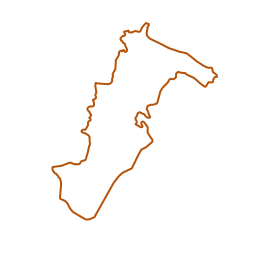 map outline of Hamah (Albers equal-area conic projection), rotated 120°
{"feature_id": "SYR-138", "entity_name": "Hamah", "entity_type": "Province", "adm_level": 1, "iso_a3": "SYR", "parent_name": "Syria", "parent_adm1": "", "projection": "albers", "projection_center": [37.023, 35.303], "detail": "fine", "context": "isolated", "style": "outline", "palette": "amber", "viewbox_px": 256, "rotation_deg": 120, "n_neighbors": 0, "source": "natural_earth", "source_scale": "10m", "svg_char_len": 5884}
<svg xmlns="http://www.w3.org/2000/svg" viewBox="0 0 256 256"><g transform="rotate(120 128 128)"><path d="M127.8,100.0L135.7,102.8L139.0,105.0L139.8,105.4L140.5,105.6L145.9,105.6L161.0,104.5L169.0,110.0L170.6,110.7L174.7,111.9L182.6,113.0L222.0,112.5L225.7,115.2L226.8,116.3L228.2,118.5L228.4,120.4L228.3,133.1L227.8,134.9L226.9,137.3L226.0,139.0L223.8,142.4L223.4,143.1L223.0,144.4L222.8,145.3L222.7,146.3L222.7,147.2L223.2,151.0L222.9,151.5L222.2,152.1L210.1,157.8L208.5,158.9L206.0,161.3L205.7,161.8L205.5,163.0L205.5,163.3L205.3,163.6L204.7,164.3L204.2,165.7L203.7,166.7L203.6,166.9L203.7,168.1L203.7,168.6L203.6,169.1L203.4,169.6L203.3,169.8L203.0,170.3L202.9,170.7L202.8,171.1L202.7,171.3L201.0,173.2L200.1,173.6L199.8,173.7L199.6,173.7L199.0,173.1L195.4,168.5L194.6,167.3L193.9,166.6L188.6,162.3L188.1,162.0L187.3,161.3L187.0,160.9L186.8,160.5L186.5,159.0L186.4,157.8L186.3,157.2L185.9,155.6L185.7,155.2L185.0,154.6L184.6,153.5L184.3,153.0L183.8,152.4L183.7,152.3L183.2,152.0L182.8,151.9L181.0,151.8L180.5,151.8L180.1,151.7L179.8,151.5L179.3,151.2L178.2,149.9L177.7,149.4L177.0,149.0L176.8,148.9L176.6,148.9L176.2,148.9L168.5,150.8L164.2,152.3L163.0,152.6L162.5,152.7L161.7,152.6L161.2,152.8L160.6,153.1L157.7,155.2L155.9,156.2L155.3,156.6L154.8,157.2L154.4,158.0L154.2,158.5L154.0,160.0L154.1,163.0L154.1,163.4L154.6,164.8L154.7,165.2L154.7,165.4L154.7,165.7L154.5,166.1L154.4,166.4L154.1,166.6L153.8,166.7L153.4,166.7L152.7,166.6L152.1,166.3L151.7,165.8L150.9,164.4L150.6,164.1L150.2,164.0L149.8,163.9L148.7,164.0L148.0,163.9L147.4,163.9L146.2,164.1L145.7,164.1L145.3,164.1L144.9,164.4L144.1,164.9L143.5,165.2L142.8,165.4L142.0,165.3L141.3,165.1L140.4,164.4L140.0,164.3L139.7,164.4L139.4,164.6L138.9,165.2L138.8,165.6L138.7,165.9L138.7,166.4L138.5,166.5L138.2,166.6L136.8,166.2L135.8,166.2L135.6,166.3L135.3,166.4L135.0,166.6L134.8,167.0L134.6,167.3L134.4,168.2L134.3,168.4L133.5,169.2L133.4,169.3L133.3,169.5L132.9,171.1L132.7,171.7L132.6,171.9L132.1,172.4L131.5,172.8L131.2,172.9L130.8,172.9L129.7,172.6L128.9,172.2L128.6,172.0L128.5,171.9L128.2,171.6L127.9,171.0L127.5,170.0L127.4,169.8L127.1,169.5L126.4,169.0L126.0,168.9L125.3,168.9L124.8,169.1L122.6,170.6L122.1,171.1L121.7,171.5L121.6,172.1L121.5,172.3L121.3,172.3L120.5,171.9L119.8,171.6L119.3,171.3L118.8,171.0L118.4,170.8L117.8,170.8L117.5,171.0L117.1,171.2L116.1,172.6L115.9,172.7L115.4,172.9L113.8,173.0L113.0,173.2L112.4,173.7L107.8,177.4L107.2,177.7L105.3,178.4L103.0,173.2L100.1,167.3L99.6,166.7L98.2,165.5L97.0,165.2L96.1,165.1L95.5,165.2L94.9,165.4L93.5,166.3L93.1,166.5L92.7,166.5L91.8,166.5L91.3,166.6L90.7,166.9L89.5,168.0L89.1,168.2L86.2,168.4L85.7,168.3L85.0,168.3L84.2,168.5L83.8,168.5L83.6,168.5L83.4,168.4L82.5,168.8L75.2,172.5L70.7,172.3L68.5,172.7L67.4,173.4L66.9,173.6L66.5,173.6L65.9,173.5L65.0,173.1L64.7,172.8L64.5,172.5L64.5,171.8L64.5,171.6L64.4,171.4L64.1,171.2L63.7,171.1L63.0,171.0L62.8,171.0L62.7,170.8L62.7,170.4L62.7,170.2L62.8,170.0L63.3,169.3L63.5,168.9L63.5,168.6L63.4,168.4L63.2,168.1L62.7,167.8L62.4,167.6L61.7,167.6L60.9,167.9L60.5,168.1L59.7,169.1L59.0,170.4L56.7,172.9L56.6,173.8L56.7,174.5L56.6,174.8L56.5,175.2L56.0,175.8L55.8,176.2L55.7,176.5L55.7,177.5L55.5,177.9L54.8,178.7L54.6,179.1L54.1,179.2L53.8,179.3L50.9,178.6L50.3,177.5L50.0,177.3L49.6,177.1L49.0,177.1L48.7,177.2L48.4,177.3L48.1,177.5L47.1,179.0L46.8,179.3L46.4,179.4L46.1,179.2L45.6,178.7L44.8,177.4L44.4,177.0L44.1,176.7L43.9,176.7L43.6,176.6L43.5,176.4L43.6,176.1L44.2,175.3L44.5,175.0L44.5,174.6L43.9,173.6L43.6,172.8L43.1,172.3L40.8,170.6L40.4,170.2L40.2,169.9L40.0,169.2L39.6,167.6L39.0,166.2L38.5,165.9L37.7,165.7L34.1,166.0L32.6,165.9L28.3,165.0L27.6,162.0L28.6,161.4L29.5,161.4L30.4,161.5L30.8,161.6L31.2,161.5L31.5,161.3L32.0,160.8L32.4,160.7L32.8,160.6L33.6,160.4L34.0,160.3L34.6,159.9L34.9,159.7L36.2,159.6L36.6,159.4L37.2,158.7L37.6,158.4L38.2,158.0L38.5,157.5L38.8,156.9L39.6,154.3L39.6,152.5L38.6,139.1L38.6,137.0L38.4,132.6L36.1,121.1L34.6,116.7L34.1,114.5L34.0,114.1L35.9,101.6L36.3,94.0L36.1,90.5L35.8,89.2L35.6,88.4L35.3,87.8L34.2,86.3L34.1,85.9L34.1,85.5L34.4,84.9L35.3,83.9L36.7,82.9L37.0,82.4L37.2,81.7L37.4,78.9L37.7,77.9L39.2,76.6L39.7,77.4L39.9,77.6L40.6,78.2L41.3,78.4L42.0,78.5L43.2,78.4L44.3,78.0L45.0,77.7L45.4,77.6L45.8,77.6L46.2,77.8L46.5,78.1L47.0,78.7L47.4,79.7L47.6,80.4L47.8,80.8L49.0,81.2L53.1,81.3L53.7,81.8L53.8,83.2L53.2,88.2L51.9,94.3L51.7,96.3L52.4,104.0L52.3,104.6L52.1,105.0L51.9,105.3L51.8,105.7L53.8,110.2L54.2,112.2L54.8,112.9L56.8,113.5L60.0,111.9L60.4,111.9L61.1,112.1L62.7,112.9L63.0,113.1L63.2,113.4L63.5,114.1L63.8,114.8L64.1,115.5L64.3,115.8L64.7,116.0L65.0,116.2L65.5,116.3L66.4,116.4L68.2,116.3L69.1,116.4L75.3,118.1L80.0,118.3L91.2,115.3L92.0,115.3L92.4,115.4L92.8,115.6L95.5,118.1L95.9,118.7L96.0,119.1L96.4,119.8L96.7,120.0L97.0,120.3L97.9,120.9L98.2,121.2L98.4,121.5L98.6,121.8L99.0,121.9L99.5,121.9L100.5,121.7L101.1,121.7L101.8,121.5L102.3,121.1L104.0,118.6L106.0,116.6L106.3,116.1L107.1,114.7L107.3,114.4L107.6,114.3L108.1,114.4L108.4,114.6L108.6,114.9L109.0,115.6L109.1,115.9L109.2,116.4L109.2,117.2L109.2,118.2L109.0,118.6L108.1,120.5L108.0,120.9L108.1,121.8L108.4,123.4L108.4,123.9L108.4,125.2L108.5,125.6L108.7,125.9L109.0,126.2L109.3,126.4L109.7,126.6L110.2,126.7L111.0,126.7L113.1,126.4L115.1,126.5L115.5,126.4L116.1,126.2L116.5,126.0L116.8,125.7L117.5,124.4L118.0,123.7L118.6,123.3L119.0,123.1L119.3,123.1L119.8,123.1L120.6,123.4L120.8,123.3L121.0,123.0L121.0,118.3L120.9,117.4L120.8,117.1L120.6,116.8L120.4,116.5L120.1,116.3L119.7,116.2L119.3,116.3L119.0,116.5L118.6,117.1L118.0,118.2L117.8,118.5L117.5,118.8L117.2,119.0L116.8,119.1L116.4,119.1L116.0,119.1L115.6,118.9L115.3,118.7L115.0,118.4L114.9,118.0L114.9,117.6L114.9,117.1L115.2,116.3L117.0,112.4L117.4,111.6L118.0,111.1L119.2,110.3L121.1,109.5L121.7,109.1L122.3,108.3L124.6,104.3L125.5,101.9L125.8,101.4L126.1,101.0L127.8,100.0Z" fill="none" stroke="#b45309" stroke-width="2"/></g></svg>